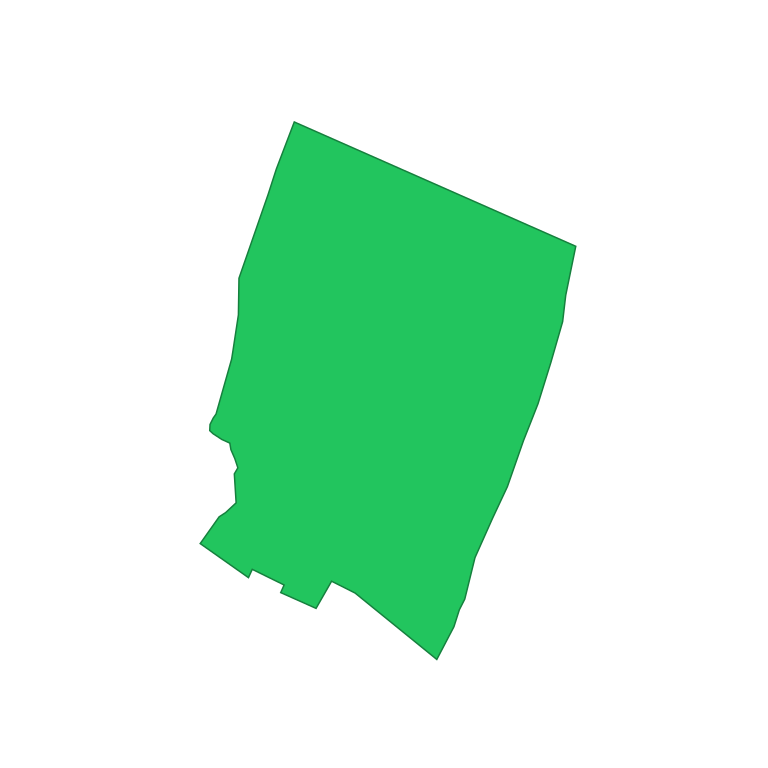 outline of Teava, Tuvalu, rotated 250°
{"feature_id": "33948139B9471758072571", "entity_name": "Teava", "entity_type": "district", "adm_level": 2, "iso_a3": "TUV", "parent_name": "Tuvalu", "parent_adm1": "", "projection": "mercator", "projection_center": [177.337, -6.111], "detail": "fine", "context": "isolated", "style": "filled", "palette": "green", "viewbox_px": 768, "rotation_deg": 250, "n_neighbors": 0, "source": "geoboundaries", "source_scale": "gbopen_adm2", "svg_char_len": 723}
<svg xmlns="http://www.w3.org/2000/svg" viewBox="0 0 768 768"><g transform="rotate(250 384 384)"><path d="M107.1,339.4L132.0,366.7L146.1,377.6L154.2,386.3L189.7,410.1L220.5,439.9L245.4,464.9L283.2,495.8L297.4,508.4L312.8,522.0L347.2,548.2L381.5,573.2L405.2,585.1L447.8,611.3L660.9,389.3L623.0,356.5L601.7,339.9L576.8,319.6L552.0,299.4L533.0,283.9L498.7,270.8L466.1,253.0L459.6,249.4L413.2,215.9L410.5,212.0L405.5,206.7L399.8,204.3L395.7,206.4L387.4,212.6L381.2,218.9L374.7,217.7L364.9,218.3L355.2,218.0L350.7,212.6L322.9,204.4L317.3,191.1L315.6,183.7L296.9,156.7L248.4,190.4L254.9,196.8L229.3,221.4L223.3,215.6L196.4,243.4L216.6,267.3L197.5,285.3L107.1,339.4Z" fill="#22c55e" stroke="#15803d" stroke-width="1.5"/></g></svg>